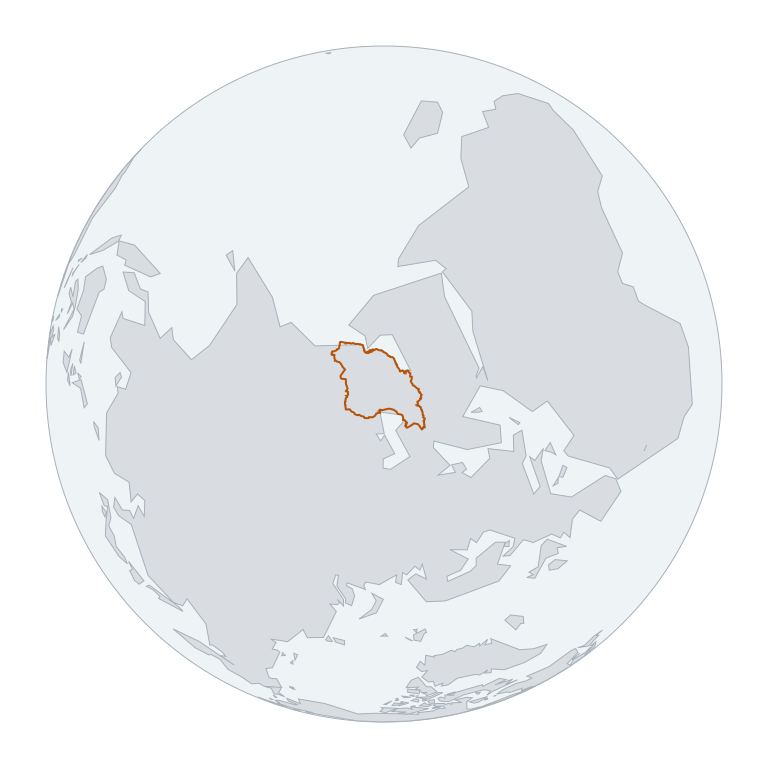 Iran highlighted on a globe, orthographic projection, rotated 181°
{"feature_id": "IRN", "entity_name": "Iran", "entity_type": "country or territory", "adm_level": 0, "iso_a3": "IRN", "parent_name": "Asia", "parent_adm1": "", "projection": "orthographic", "projection_center": [53.162, 32.435], "detail": "fine", "context": "on_globe", "style": "outline", "palette": "amber", "viewbox_px": 768, "rotation_deg": 181, "n_neighbors": 0, "source": "natural_earth", "source_scale": "50m", "svg_char_len": 16509}
<svg xmlns="http://www.w3.org/2000/svg" viewBox="0 0 768 768"><g transform="rotate(181 384 384)"><circle cx="384" cy="384" r="338" fill="#eef3f6" stroke="#a8b0b8"/><path d="M404.4,46.7L406.5,46.9L441.0,52.1L456.9,54.8L449.5,54.2L483.0,61.2L505.0,68.9L477.0,59.9L471.8,58.9L485.1,63.3L482.6,63.4L487.6,65.9L483.4,65.9L467.4,61.7L464.4,61.9L474.0,65.2L475.8,68.0L462.2,63.0L464.0,67.6L437.6,63.5L404.4,53.6L386.6,54.6L343.9,54.4L344.6,55.9L328.9,58.0L323.9,60.7L317.4,60.8L319.0,63.1L325.8,62.6L328.8,63.7L326.5,65.5L317.8,65.6L317.7,64.6L313.9,65.7L310.6,65.1L310.9,66.4L300.7,66.9L307.3,69.4L296.1,72.2L290.3,71.8L295.7,68.0L295.5,60.5L291.2,60.5L279.9,63.5L248.5,76.2L241.8,78.4L229.4,84.2L230.8,84.2L241.1,79.9L240.6,82.2L253.3,77.6L254.9,78.3L266.0,75.9L259.2,80.7L246.5,87.0L237.0,89.5L231.1,92.7L236.0,94.4L214.2,104.2L192.8,120.3L187.8,122.9L185.4,119.1L196.0,107.6L192.9,106.2L189.6,112.0L176.9,119.9L172.6,123.6L170.3,126.6L173.0,125.8L167.6,129.9L168.8,124.8L173.7,120.9L173.3,122.3L178.2,117.3L179.0,115.5L172.5,120.5L173.6,119.6L193.5,104.9L214.5,91.7L236.3,80.1L259.0,70.1L282.3,61.8L306.1,55.2L330.4,50.4L355.0,47.3L379.7,46.1L404.4,46.7ZM468.9,57.4L461.4,55.4L469.5,57.4L468.9,57.4ZM489.0,66.3L491.9,67.0L493.3,68.1L489.0,66.3ZM269.0,73.6L267.5,74.7L266.2,74.5L269.0,73.6ZM275.2,71.7L274.8,70.7L277.7,69.7L277.9,70.3L275.2,71.7ZM488.1,69.4L489.4,71.4L485.3,68.5L488.1,69.4ZM275.1,73.3L282.9,68.1L288.0,66.5L293.0,67.7L275.1,73.3ZM488.3,72.1L491.6,77.9L498.4,79.6L481.1,78.8L484.0,73.6L477.9,69.6L484.5,72.0L488.3,72.1ZM329.0,61.7L321.6,62.3L329.9,60.2L329.0,61.7ZM333.7,60.2L355.1,54.1L364.9,54.8L355.7,56.4L370.2,56.6L364.4,59.8L355.2,60.5L350.0,59.2L351.8,61.6L333.7,60.2ZM471.0,77.9L469.4,79.0L468.0,77.1L471.0,77.9ZM330.6,64.0L334.1,62.4L342.9,62.8L337.5,66.0L336.4,64.8L330.6,64.0ZM376.8,55.3L382.3,56.6L379.2,59.4L380.9,60.4L365.1,60.0L376.8,55.3ZM333.2,65.7L334.6,67.8L328.3,69.4L327.9,65.6L333.2,65.7ZM347.4,61.6L351.3,62.1L347.4,62.8L347.4,61.6ZM306.9,77.5L310.9,75.0L315.7,74.9L306.9,77.5ZM335.5,68.5L337.7,68.0L340.0,67.8L339.6,69.6L335.5,68.5ZM364.0,62.3L361.5,63.5L370.3,62.6L368.3,65.2L358.1,64.6L361.7,66.0L361.1,66.8L353.5,65.5L364.0,62.3ZM346.4,71.1L332.7,72.1L324.3,76.4L319.7,76.5L334.0,69.6L346.4,71.1ZM351.2,67.8L347.2,69.8L343.5,68.6L344.0,66.6L351.2,67.8ZM370.7,67.3L376.3,63.4L378.4,63.7L370.7,67.3ZM344.6,72.5L348.0,72.3L344.5,72.9L344.6,72.5ZM363.5,69.0L365.2,67.5L367.5,67.8L363.5,69.0ZM353.2,73.3L348.8,73.5L348.9,72.0L353.2,73.3ZM358.5,71.5L361.2,72.4L351.7,71.3L358.9,70.7L358.5,71.5ZM365.3,69.6L367.2,69.3L364.3,70.2L365.3,69.6ZM355.0,79.4L343.0,78.4L343.4,74.9L355.0,76.2L355.0,79.4ZM80.3,426.3L75.4,369.2L83.5,356.2L89.1,334.8L148.7,292.9L156.8,304.0L198.6,315.2L203.0,320.4L193.1,335.9L220.5,369.9L235.2,359.0L264.9,379.5L287.8,383.8L304.7,352.8L267.2,344.9L265.6,327.4L299.6,319.9L333.1,327.8L333.6,321.3L316.5,303.8L328.4,293.8L311.0,296.9L315.0,304.4L304.2,306.9L300.0,300.4L304.4,296.8L295.4,292.0L276.9,311.5L278.9,321.2L253.0,318.8L253.8,335.1L245.3,340.2L240.7,314.7L244.3,306.8L232.3,276.6L226.1,284.4L237.1,313.9L231.8,310.2L223.5,322.5L225.6,310.2L215.4,277.3L194.7,274.2L161.2,296.4L150.6,293.2L145.2,280.8L164.8,250.5L186.1,261.4L193.3,252.1L195.3,233.6L201.6,239.0L205.0,233.2L213.7,236.9L232.1,228.1L241.9,230.8L255.1,214.6L261.9,214.1L252.1,223.5L250.5,232.1L275.5,239.9L282.1,237.7L288.7,226.9L294.7,231.0L297.9,219.6L315.2,219.6L296.8,210.5L304.1,199.1L317.8,192.8L316.8,187.7L294.6,198.2L288.6,204.0L288.8,211.4L269.8,227.7L260.0,228.0L267.4,205.9L254.2,204.4L265.7,189.0L318.8,168.2L337.9,167.0L356.8,188.5L348.9,194.7L338.2,189.7L342.6,204.7L344.9,198.5L349.9,202.3L358.1,193.5L362.1,195.9L363.2,183.8L368.9,185.8L368.1,193.4L385.2,183.4L398.8,185.7L400.7,182.4L399.0,178.2L417.4,184.6L418.0,182.0L412.2,178.7L409.7,171.6L412.5,161.8L418.7,164.5L418.5,168.4L427.6,181.3L426.2,192.0L429.0,192.2L431.7,183.7L420.7,167.8L420.6,161.3L427.0,167.9L424.6,165.0L426.5,162.6L434.2,163.1L427.7,155.7L440.1,129.5L456.2,129.0L460.6,137.1L475.8,124.7L492.8,127.0L487.4,123.7L491.1,116.9L485.8,116.0L483.5,114.0L490.6,98.3L497.0,97.5L494.0,89.0L491.2,87.6L486.2,87.5L481.1,78.8L498.4,79.6L503.8,82.6L511.0,81.9L522.2,89.3L534.9,95.8L543.0,105.7L552.3,110.7L554.0,109.9L568.0,116.9L590.6,135.5L564.6,123.5L529.1,100.5L542.9,109.7L537.5,108.9L541.1,113.2L551.0,120.1L553.6,120.0L557.8,141.0L577.2,165.8L581.4,158.7L590.8,162.0L616.6,188.6L634.2,239.1L646.9,247.6L652.2,256.1L651.1,265.8L643.4,253.5L636.2,253.1L632.0,245.2L627.7,258.0L621.4,247.3L621.1,263.3L628.6,269.7L634.8,261.7L637.1,281.3L652.0,290.1L661.1,307.6L660.9,350.1L649.7,370.3L650.6,376.7L642.3,374.2L637.1,390.9L657.0,415.9L658.5,425.5L647.3,451.7L646.0,445.0L624.2,438.3L624.2,462.3L640.9,473.0L646.8,491.4L635.7,490.9L629.3,474.9L621.5,471.9L620.6,451.7L608.6,425.7L597.2,436.6L595.3,424.5L576.9,404.9L559.0,419.6L532.4,461.0L533.3,492.0L522.1,508.0L497.1,468.8L488.9,439.3L477.9,444.0L453.7,420.9L406.5,423.0L401.5,414.9L392.2,419.0L375.4,410.9L368.5,397.3L357.5,397.9L376.6,433.4L388.6,432.8L400.9,419.3L403.8,431.8L420.2,442.3L395.9,472.5L328.6,495.9L325.0,472.3L289.2,401.5L292.0,394.2L291.9,393.4L291.7,391.8L285.4,403.2L280.2,389.1L296.1,438.5L297.4,458.3L327.6,497.2L324.0,500.5L334.6,508.6L372.2,501.7L371.7,509.3L352.2,543.0L302.7,582.6L311.1,611.0L310.6,632.7L283.8,642.4L290.2,658.1L277.0,660.7L278.8,668.5L270.5,674.2L255.1,676.8L224.4,667.3L219.3,660.2L199.0,641.1L169.4,595.8L173.7,580.2L169.5,563.9L147.8,519.1L152.3,500.3L147.3,488.7L136.5,485.5L131.1,471.4L124.9,467.6L88.9,449.6L80.3,426.3ZM123.0,321.4L120.2,327.4L123.0,321.4ZM365.5,353.3L387.6,355.9L382.9,334.4L391.0,333.9L386.4,327.1L382.5,332.9L372.1,314.5L383.5,309.0L383.5,299.9L376.1,298.7L356.8,311.9L371.5,337.9L364.2,346.1L365.5,353.3ZM176.9,120.1L176.6,120.7L173.3,124.2L173.0,123.7L176.9,120.1ZM169.9,135.3L161.3,141.8L167.2,136.4L165.1,136.4L174.8,125.7L185.7,123.7L179.0,126.2L169.9,135.3ZM190.9,112.1L183.4,118.3L191.1,111.7L190.9,112.1ZM215.5,200.7L216.3,206.1L209.9,211.4L197.7,210.4L206.8,202.4L215.5,200.7ZM219.1,212.7L229.8,192.4L237.9,193.0L231.5,195.9L235.8,198.4L226.7,203.9L223.9,225.3L218.1,231.7L198.6,224.9L208.1,223.3L206.7,217.7L219.1,212.7ZM243.0,147.1L247.8,140.5L259.1,150.0L253.4,155.3L240.7,154.0L240.1,147.1L243.0,147.1ZM282.4,77.5L283.5,75.8L285.9,75.6L286.9,76.8L282.4,77.5ZM308.4,76.4L280.2,85.1L280.0,83.4L263.7,91.6L256.8,90.6L267.6,85.2L250.2,91.1L257.2,85.8L245.4,90.6L270.1,78.5L275.7,74.6L272.1,79.1L278.2,80.0L282.5,79.2L299.0,74.5L314.0,67.5L322.5,68.0L324.5,70.3L322.1,72.0L317.4,70.9L317.7,74.0L309.0,73.9L308.4,76.4ZM342.9,107.4L338.3,103.6L337.5,113.5L328.8,111.9L329.3,113.2L321.0,114.7L311.8,119.0L308.6,117.5L306.4,119.9L300.9,121.2L296.8,124.2L289.5,122.8L283.9,126.4L283.7,123.7L276.0,130.5L278.5,124.9L271.6,126.8L272.8,131.2L243.8,120.7L229.8,121.9L216.6,126.5L222.7,117.4L238.9,107.9L258.8,100.4L271.5,101.0L271.9,97.3L278.1,96.7L275.2,99.9L283.4,94.7L287.8,95.2L305.5,91.1L314.7,84.3L321.4,83.0L320.0,85.9L327.7,82.7L329.5,87.6L334.4,86.9L341.0,91.6L335.4,98.3L341.3,97.1L346.6,101.2L342.9,107.4ZM356.5,80.8L351.8,88.2L344.7,91.3L336.1,82.1L331.4,82.0L325.7,77.1L336.0,73.0L336.7,74.7L339.8,75.4L335.3,76.4L341.3,76.2L342.4,78.7L347.3,79.4L344.4,81.5L356.5,80.8ZM211.0,316.2L215.0,318.6L221.9,320.2L216.8,328.4L211.0,316.2ZM203.5,293.9L207.6,294.3L203.7,305.8L199.6,303.7L203.5,293.9ZM213.1,285.2L208.1,293.4L208.3,287.7L213.1,285.2ZM256.2,223.6L260.9,223.8L260.1,226.5L256.0,229.7L256.2,223.6ZM338.6,139.8L337.1,136.3L339.3,135.4L342.8,127.4L349.5,128.4L350.1,133.6L338.6,139.8ZM296.5,357.2L288.0,362.2L285.4,358.5L288.8,357.5L296.5,357.2ZM249.0,345.7L258.4,352.7L247.5,347.9L249.0,345.7ZM346.5,139.5L347.2,135.9L350.1,138.7L346.5,139.5ZM354.6,128.8L358.6,131.3L350.8,127.6L354.6,128.8ZM444.7,713.3L448.3,713.6L442.6,714.5L444.7,713.3ZM368.7,633.6L351.6,667.7L335.4,666.7L330.1,656.6L334.8,635.7L352.9,630.5L361.1,620.3L368.7,633.6ZM688.0,504.6L691.7,501.4L691.3,502.8L688.0,504.6ZM684.2,504.8L689.1,500.1L682.9,508.4L684.2,504.8ZM690.8,498.3L695.7,490.7L697.9,486.3L697.1,489.4L690.8,498.3ZM680.7,508.2L658.7,525.2L649.1,528.3L652.1,522.1L667.5,512.6L680.7,508.2ZM651.2,522.5L635.8,518.5L609.6,490.6L619.1,487.0L645.4,498.3L643.9,503.4L653.3,508.3L651.2,522.5ZM686.0,472.5L684.3,486.1L672.8,494.7L667.2,497.0L663.4,483.8L665.6,474.0L670.4,470.8L685.4,428.6L691.4,430.5L687.6,446.8L692.3,453.7L686.0,472.5ZM535.1,494.5L544.1,510.1L537.6,514.7L535.1,494.5ZM688.7,402.7L684.5,421.1L687.5,399.1L688.7,402.7ZM688.8,383.7L690.4,389.8L686.9,386.0L688.8,383.7ZM653.0,385.7L648.1,390.8L646.6,386.4L652.0,377.2L653.0,385.7ZM667.9,322.6L672.9,336.1L673.7,341.4L669.0,335.1L667.9,322.6ZM404.8,148.6L392.5,158.2L388.0,167.0L392.5,174.5L380.9,168.7L387.7,155.0L404.8,148.6ZM435.1,131.3L431.1,125.7L436.3,126.0L437.9,127.4L435.1,131.3ZM430.3,129.4L418.9,126.8L418.9,122.4L427.9,125.2L430.3,129.4ZM382.4,131.8L378.3,134.4L376.0,132.0L382.4,131.8ZM633.1,612.3L630.5,615.0L637.9,606.5L647.2,590.5L649.1,589.0L656.0,575.3L678.4,544.8L696.4,506.9L701.4,498.7L709.7,472.4L712.0,465.2L705.4,488.4L697.1,511.0L687.3,533.0L675.9,554.3L663.0,574.6L648.7,594.0L633.1,612.3ZM697.1,494.8L703.3,478.9L705.6,474.5L697.1,494.8ZM716.8,442.8L716.7,443.1L717.4,439.2L716.8,442.8ZM718.2,433.7L719.0,427.3L715.7,436.4L715.1,433.1L717.1,424.8L713.7,428.3L717.6,416.8L718.3,425.0L720.1,410.5L721.3,403.8L721.4,403.2L718.2,433.7ZM715.8,442.9L716.3,441.3L715.4,446.2L715.8,442.9ZM708.1,449.9L707.6,453.6L706.4,453.2L708.1,449.9ZM710.0,445.1L713.4,441.8L709.4,448.5L710.0,445.1ZM695.1,453.6L696.7,459.6L701.9,448.5L697.9,460.3L700.5,469.0L698.9,475.3L696.6,465.5L694.2,481.2L691.8,483.5L691.4,472.7L694.3,455.0L696.6,446.2L705.4,432.7L695.1,453.6ZM710.3,435.6L709.2,428.2L709.8,420.8L711.1,423.7L710.3,435.6ZM704.3,411.3L699.5,405.2L696.5,413.4L701.2,390.1L705.2,399.8L704.3,411.3ZM698.0,391.7L695.4,399.3L697.2,386.6L698.0,391.7ZM693.9,396.7L692.1,389.6L695.0,387.6L693.9,396.7ZM699.7,390.0L697.8,376.6L700.5,382.5L699.7,390.0ZM687.2,374.2L695.7,379.9L687.0,383.1L680.2,359.1L683.4,355.0L687.2,374.2ZM663.9,256.8L659.5,251.0L660.6,246.1L663.3,251.4L663.9,256.8ZM660.0,227.4L659.4,243.0L658.2,256.7L661.6,257.4L666.7,270.5L658.3,263.5L654.7,245.7L656.7,237.5L651.1,227.3L648.9,216.8L640.3,206.4L637.4,199.7L645.9,206.9L660.0,227.4ZM636.4,202.3L620.6,183.0L625.3,179.6L629.9,183.1L635.1,193.1L632.3,194.3L636.4,202.3ZM618.1,177.6L615.2,178.8L585.9,158.1L580.9,153.1L605.7,165.7L604.3,167.7L610.7,173.8L618.1,177.6ZM473.0,80.0L469.7,79.1L472.8,78.9L473.0,80.0ZM480.6,113.7L477.9,111.0L481.6,110.5L480.6,113.7ZM472.7,103.6L470.4,105.9L470.2,102.3L472.7,103.6ZM465.6,111.7L468.2,106.3L469.5,113.2L465.6,111.7Z" fill="#d9dde1" stroke="#a8b0b8" stroke-width="1"/><path d="M387.5,355.1L388.8,355.1L389.3,355.0L390.6,354.5L390.9,354.4L391.2,354.3L391.4,354.1L391.9,352.8L392.1,352.5L392.9,351.7L394.3,350.8L395.2,350.5L396.4,350.5L397.4,350.6L398.2,350.6L398.4,350.6L398.5,350.5L398.6,349.9L398.8,349.7L399.2,349.5L400.2,349.5L400.7,349.5L401.3,349.7L402.7,349.6L403.0,349.8L403.2,350.1L403.3,350.3L403.4,350.9L403.5,351.0L403.8,351.1L404.3,351.2L405.1,351.3L406.4,351.7L407.0,352.0L407.8,352.6L408.4,352.8L408.6,352.7L409.1,352.4L409.6,352.6L410.3,352.4L410.9,352.6L412.4,353.2L412.5,353.2L412.7,353.3L412.9,353.7L413.0,354.3L413.5,354.8L414.0,355.2L415.9,355.8L416.4,356.3L417.9,358.1L421.5,357.8L421.8,358.2L421.8,359.0L422.0,359.9L422.2,360.4L422.2,361.0L422.0,361.7L422.3,361.9L422.5,362.3L422.6,362.9L422.5,363.3L422.6,363.5L422.7,363.8L422.8,364.1L422.8,364.4L422.7,364.6L422.5,365.3L422.5,365.6L422.1,365.9L422.2,366.2L422.4,366.9L422.1,367.9L422.2,368.3L421.7,369.2L421.7,369.5L421.0,370.2L420.7,370.3L420.7,370.6L420.8,370.7L421.5,371.5L420.3,371.7L419.7,373.0L420.0,374.5L419.8,375.2L420.0,375.7L420.3,375.9L420.7,376.1L421.5,376.0L422.0,376.1L422.0,376.3L421.1,377.4L420.4,378.6L420.5,379.1L420.6,379.4L422.1,383.7L422.2,384.2L422.0,385.3L422.1,385.9L422.2,386.8L422.2,387.2L422.4,388.2L422.6,388.2L426.6,388.5L427.1,389.0L427.5,390.3L427.6,391.2L427.5,391.7L423.2,397.8L425.8,400.5L425.9,401.1L426.9,402.5L427.3,403.3L427.6,403.7L429.0,405.1L429.8,405.3L430.3,405.4L431.5,405.6L431.9,405.9L432.6,406.6L433.4,406.4L433.6,406.4L433.6,406.5L433.6,407.9L434.0,409.1L434.2,410.8L434.1,411.7L434.0,412.2L434.1,412.3L434.4,412.4L434.9,412.4L436.2,412.1L436.7,412.3L436.9,412.6L437.0,412.8L436.7,413.1L436.6,413.5L436.8,414.2L436.8,414.3L436.5,414.5L436.5,415.5L436.4,415.6L436.1,415.7L434.5,415.8L434.3,415.9L433.7,416.2L432.7,416.5L432.1,416.9L431.8,417.3L431.8,417.7L431.2,417.7L431.0,418.0L429.7,418.7L429.6,419.1L429.4,421.0L429.0,421.4L429.0,421.5L429.1,421.9L428.9,422.5L428.9,424.3L428.8,424.8L428.5,424.8L428.3,425.1L427.9,425.4L426.3,425.1L423.9,424.7L423.6,424.4L423.4,423.9L423.0,423.8L422.5,424.6L420.5,424.3L419.8,424.5L419.4,424.3L418.3,424.3L417.4,423.9L416.2,424.3L415.3,424.4L413.9,423.7L412.5,423.5L411.4,423.7L410.8,423.6L409.8,423.4L409.3,423.1L408.6,423.4L408.3,423.0L406.1,422.7L405.4,421.3L405.4,420.5L404.8,419.3L404.6,417.5L404.4,416.8L404.1,416.2L403.7,415.7L403.2,415.2L402.7,414.9L400.7,414.6L400.4,414.6L399.5,415.0L398.6,415.6L397.1,416.0L396.8,416.3L396.4,416.9L395.9,417.2L395.2,417.2L394.5,417.5L393.1,418.5L392.4,418.9L391.8,418.8L391.2,418.4L389.7,417.8L388.8,417.6L387.5,417.7L386.9,417.6L385.8,416.9L385.5,416.3L384.9,416.0L383.1,415.2L381.5,414.1L381.3,413.7L381.1,413.1L380.4,412.4L378.9,411.8L378.1,411.1L377.1,411.0L376.2,411.0L375.8,410.9L375.4,410.6L374.2,409.3L374.2,408.8L373.5,407.5L373.3,407.0L373.1,405.8L372.9,405.4L372.1,404.9L372.0,404.5L372.2,404.1L372.2,403.8L371.8,403.4L371.2,403.2L371.1,402.8L371.2,402.1L371.1,401.6L370.6,400.9L369.8,400.1L369.0,398.9L368.7,398.6L368.3,397.0L367.8,396.9L365.6,397.9L365.0,397.3L363.1,396.1L362.8,395.7L363.1,395.6L363.3,395.6L363.8,395.8L364.1,395.6L364.0,395.2L363.5,395.0L362.9,395.0L363.0,395.3L362.4,395.6L362.3,396.0L362.4,397.2L362.1,397.6L361.9,397.7L361.1,397.7L360.7,398.0L360.4,398.1L359.9,397.6L359.7,397.2L359.7,396.9L359.8,396.7L359.7,396.5L359.4,396.1L359.2,395.9L358.9,395.9L358.7,395.7L358.5,395.3L358.1,395.0L357.9,395.0L358.0,391.9L356.3,391.7L356.4,389.4L357.3,387.1L356.2,385.3L355.8,384.9L355.2,383.3L355.0,383.1L354.8,383.0L354.0,383.0L351.4,380.6L350.5,380.0L350.1,379.9L349.2,379.8L349.1,379.7L349.1,379.3L349.1,379.0L349.4,378.5L349.5,378.2L348.9,377.0L348.8,376.7L348.2,376.5L348.4,376.2L348.3,375.9L348.2,375.8L348.1,375.7L347.6,375.8L346.5,373.9L346.2,373.7L346.9,372.5L346.9,372.2L346.9,371.8L346.5,371.0L346.9,370.3L346.9,370.0L347.6,370.1L347.7,369.9L347.7,369.1L347.9,368.8L349.1,367.5L350.2,367.0L350.3,366.6L350.2,366.1L350.2,365.9L349.7,365.2L349.6,364.9L349.6,364.6L349.7,364.1L350.0,363.8L350.6,363.6L351.1,363.4L350.6,363.0L349.6,362.8L348.8,362.8L348.5,362.7L348.2,362.2L347.8,361.8L347.5,361.6L347.1,361.6L346.9,361.5L346.5,359.5L346.4,359.2L345.9,359.1L345.7,358.8L345.6,358.4L345.7,357.7L345.6,357.4L345.5,357.2L345.0,356.8L344.8,355.2L344.7,354.8L344.7,354.3L344.9,354.0L344.9,353.9L344.5,353.4L343.9,352.9L344.0,352.2L343.9,351.6L344.2,351.3L344.0,351.1L343.3,350.6L343.1,350.3L342.6,350.2L342.6,349.7L342.9,349.3L343.2,348.9L343.3,348.7L343.5,348.1L343.8,347.7L343.3,347.3L343.2,347.3L343.2,347.1L343.3,346.3L343.2,345.4L343.3,344.6L343.2,344.5L342.9,344.0L342.8,343.7L343.0,343.3L343.1,342.8L342.7,342.3L342.6,341.8L342.5,341.4L343.0,341.3L343.9,341.4L344.2,341.3L344.6,339.9L344.9,339.5L345.3,339.3L346.1,340.1L346.9,341.5L347.2,341.8L347.4,342.2L347.5,342.5L348.0,342.9L348.3,343.2L348.9,344.1L349.3,344.3L352.0,345.1L352.7,344.9L353.7,345.0L355.2,343.6L355.8,343.5L356.2,343.1L356.8,342.6L357.5,342.2L359.6,341.0L360.1,340.8L360.6,340.8L361.8,342.2L362.0,342.5L361.7,342.8L361.1,343.0L360.9,343.4L360.9,343.6L361.0,343.8L361.7,344.3L361.7,344.5L361.6,344.9L361.5,345.0L360.6,345.2L360.3,345.5L360.4,345.9L361.2,346.5L361.5,346.9L361.6,347.1L362.0,347.2L362.1,347.3L362.9,348.4L363.1,348.4L364.2,348.3L364.3,350.0L364.3,350.8L364.5,351.5L365.0,352.8L365.4,353.2L366.3,353.7L366.7,353.9L367.9,354.0L369.1,354.3L369.8,354.5L370.0,354.7L370.2,354.9L370.7,356.1L371.6,356.9L373.4,358.1L374.3,358.5L377.4,359.3L379.4,359.3L385.0,357.9L386.9,357.5L387.6,357.5L387.1,357.8L386.4,358.0L386.9,358.2L387.8,358.2L388.0,358.0L388.1,357.7L387.5,355.1ZM399.9,416.2L399.4,417.0L398.7,417.6L398.4,417.4L398.1,417.4L397.6,417.6L397.2,417.7L396.5,418.1L395.9,418.3L395.3,418.3L395.2,418.0L395.2,417.9L395.5,418.0L396.5,417.6L397.7,416.9L397.8,416.7L397.6,416.2L398.4,416.4L399.3,415.9L400.0,415.8L400.4,416.1L399.9,416.2Z" fill="none" stroke="#b45309" stroke-width="2"/></g></svg>